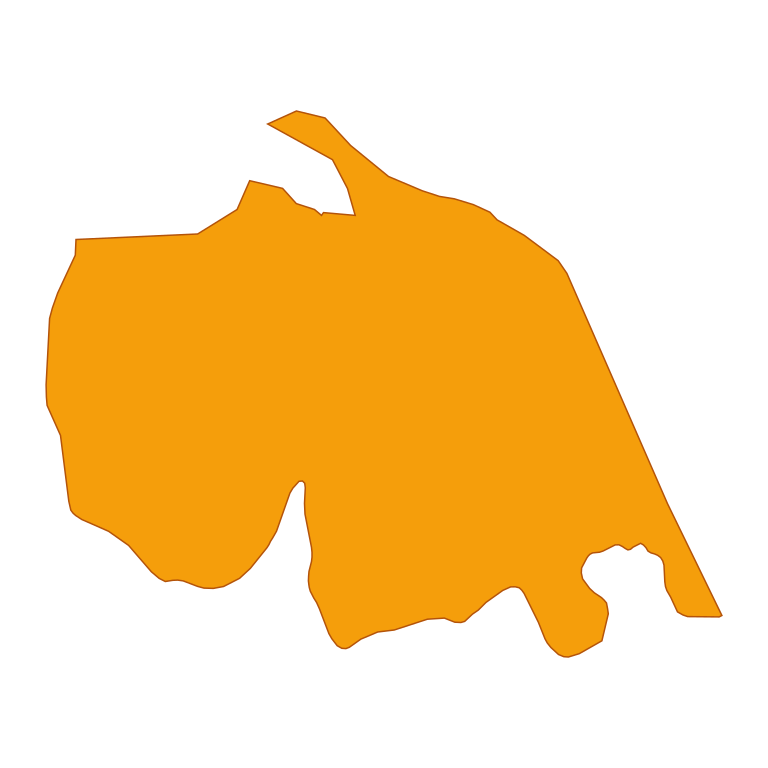 outline of Pattani
{"feature_id": "THA-494", "entity_name": "Pattani", "entity_type": "Province", "adm_level": 1, "iso_a3": "THA", "parent_name": "Thailand", "parent_adm1": "", "projection": "equal_earth", "projection_center": [101.403, 6.749], "detail": "fine", "context": "isolated", "style": "filled", "palette": "amber", "viewbox_px": 768, "rotation_deg": 0, "n_neighbors": 0, "source": "natural_earth", "source_scale": "10m", "svg_char_len": 1977}
<svg xmlns="http://www.w3.org/2000/svg" viewBox="0 0 768 768"><path d="M76.0,239.5L197.6,234.0L237.1,209.5L249.7,180.7L282.6,188.4L296.3,203.6L314.5,209.5L321.5,215.4L323.5,212.6L355.2,215.4L347.5,188.5L332.5,159.7L267.7,124.0L296.4,111.0L325.1,118.0L350.6,145.5L388.5,176.5L422.3,190.8L439.4,196.4L454.3,198.8L473.3,204.6L489.9,212.2L497.1,219.9L524.3,235.4L558.2,260.7L566.9,273.4L667.5,503.7L721.9,615.5L719.2,616.9L687.7,616.6L683.0,615.0L677.5,611.9L670.7,597.2L666.9,590.6L665.5,586.6L664.8,581.6L664.0,565.2L662.8,561.0L660.6,557.5L657.7,555.3L654.5,553.9L651.0,552.9L648.0,551.1L646.0,547.7L643.5,545.0L640.6,543.3L633.1,547.1L630.5,549.3L627.9,549.9L625.3,548.5L622.4,546.5L619.0,544.8L615.2,544.9L603.1,551.0L599.6,552.2L592.6,552.9L590.0,554.2L588.3,555.9L586.8,558.0L581.6,567.9L581.3,572.9L582.6,578.9L589.6,588.4L594.3,592.8L601.5,597.6L604.1,600.1L606.5,603.0L607.6,608.9L608.3,613.8L601.9,640.8L579.2,653.7L568.4,657.0L563.8,656.7L558.5,654.5L550.9,647.5L547.3,643.0L545.0,638.8L538.4,622.3L524.1,593.4L521.9,590.3L519.3,587.8L515.3,586.8L510.6,586.9L502.8,590.4L486.0,602.4L478.3,610.1L472.5,614.1L464.7,621.4L460.9,622.5L454.8,622.2L444.4,618.1L427.4,619.2L394.2,630.0L377.7,632.0L360.9,639.1L349.3,647.3L345.9,648.6L341.8,648.3L337.2,645.7L331.8,638.7L328.9,633.6L319.4,608.7L316.6,602.5L313.8,598.0L310.3,591.2L309.3,587.6L308.9,585.0L308.4,580.9L308.6,576.1L309.0,571.4L311.5,561.5L312.0,557.2L312.0,552.2L311.5,547.4L305.0,514.1L304.5,503.4L305.3,487.8L304.7,483.2L302.5,481.0L299.0,481.3L292.8,488.2L289.9,493.1L276.5,531.2L272.5,538.2L270.5,541.3L268.9,544.7L266.9,547.8L250.4,568.3L239.6,578.3L223.6,586.5L213.3,588.4L204.0,588.1L197.6,586.4L183.2,580.9L177.7,580.1L172.9,580.3L165.3,581.5L159.2,578.4L151.4,571.8L128.6,545.4L108.6,531.3L81.8,519.5L75.7,515.5L73.1,513.2L70.8,510.1L68.8,501.2L60.5,435.4L47.1,405.4L46.4,397.0L46.1,384.8L49.6,318.4L52.4,308.0L57.7,293.0L75.3,255.2L76.0,239.5Z" fill="#f59e0b" stroke="#b45309" stroke-width="1.5"/></svg>